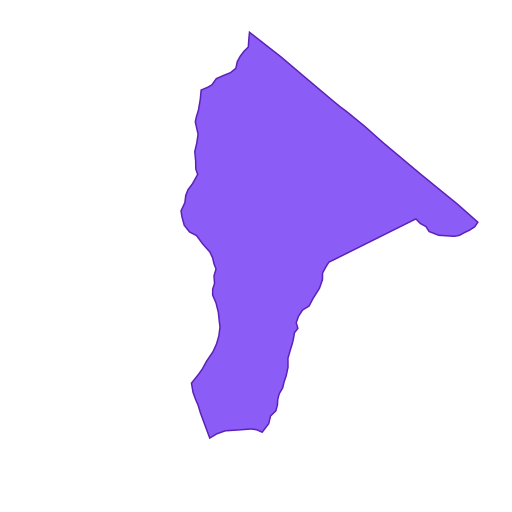 the district of Floraí, Paraná, Brazil, rotated 130°
{"feature_id": "56859067B79639289335634", "entity_name": "Floraí", "entity_type": "district", "adm_level": 2, "iso_a3": "BRA", "parent_name": "Brazil", "parent_adm1": "Paraná", "projection": "albers", "projection_center": [-52.327, -23.332], "detail": "fine", "context": "isolated", "style": "filled", "palette": "violet", "viewbox_px": 512, "rotation_deg": 130, "n_neighbors": 0, "source": "geoboundaries", "source_scale": "gbopen_adm2", "svg_char_len": 1500}
<svg xmlns="http://www.w3.org/2000/svg" viewBox="0 0 512 512"><g transform="rotate(130 256 256)"><path d="M387.0,138.0L376.3,138.5L369.2,142.0L361.8,141.3L356.2,143.9L352.0,147.1L346.5,149.7L339.9,150.8L334.3,153.6L328.3,155.9L320.6,160.0L313.8,165.8L305.9,169.3L299.5,172.0L295.0,174.3L290.1,177.2L284.5,177.4L281.3,182.3L274.8,184.7L267.4,185.6L260.2,183.2L252.4,184.9L246.0,185.8L240.1,186.6L231.5,189.8L226.2,194.1L219.2,195.5L213.9,196.2L124.8,157.4L125.5,151.0L124.2,144.8L126.0,139.1L122.6,129.2L113.4,116.7L109.5,113.5L104.4,111.5L99.4,109.2L93.0,107.2L87.5,107.8L86.8,135.1L87.5,182.9L87.5,231.5L87.3,239.8L86.8,255.6L87.1,279.7L87.6,287.5L87.7,298.3L87.6,333.9L87.4,364.3L88.8,404.8L94.6,400.8L100.9,396.2L106.7,396.8L113.0,396.5L119.1,395.3L125.1,392.1L132.0,393.4L138.3,396.8L145.6,400.4L153.2,399.8L157.7,401.4L164.1,404.7L171.8,399.4L181.2,393.9L188.0,391.0L192.3,388.7L199.9,378.7L207.5,374.0L215.4,370.0L221.8,363.5L228.1,358.0L231.0,353.1L241.6,351.1L248.9,350.7L254.7,348.8L260.8,344.8L269.7,342.4L273.6,337.9L278.6,330.7L280.3,322.3L278.6,314.7L281.0,304.7L282.6,293.9L285.2,288.2L289.0,283.1L291.6,278.3L298.2,275.4L303.7,270.1L309.2,267.9L313.8,264.1L317.7,256.4L323.4,248.6L329.0,242.8L333.7,237.8L341.1,233.1L348.8,229.7L357.0,227.4L368.1,226.3L377.0,224.5L383.0,224.0L394.9,223.7L401.0,216.5L404.5,210.5L407.3,204.8L412.1,197.4L425.2,174.4L417.6,171.8L409.7,167.2L399.8,156.9L391.6,148.5L388.7,143.9L387.0,138.0Z" fill="#8b5cf6" stroke="#5b21b6" stroke-width="1.5"/></g></svg>